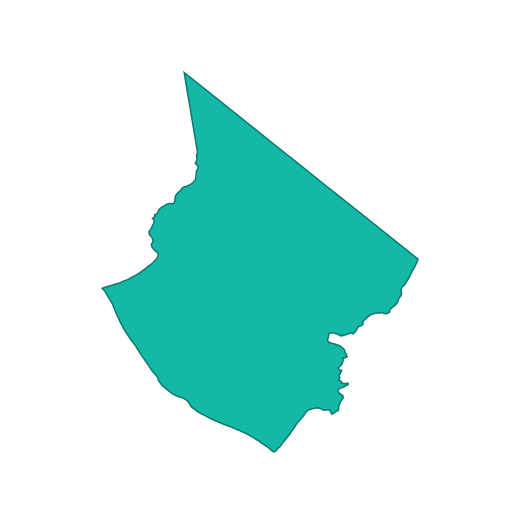 the district of Abaetetuba, Pará, Brazil, rotated 257°
{"feature_id": "56859067B37467363108415", "entity_name": "Abaetetuba", "entity_type": "district", "adm_level": 2, "iso_a3": "BRA", "parent_name": "Brazil", "parent_adm1": "Pará", "projection": "natural_earth1", "projection_center": [-48.934, -1.739], "detail": "fine", "context": "isolated", "style": "filled", "palette": "teal", "viewbox_px": 512, "rotation_deg": 257, "n_neighbors": 0, "source": "geoboundaries", "source_scale": "gbopen_adm2", "svg_char_len": 3356}
<svg xmlns="http://www.w3.org/2000/svg" viewBox="0 0 512 512"><g transform="rotate(257 256 256)"><path d="M450.9,227.3L429.5,225.9L424.4,225.7L369.8,222.3L367.9,220.9L366.2,220.3L364.2,220.6L361.9,219.3L359.8,217.6L357.6,219.2L355.1,219.8L353.1,217.8L351.1,216.6L349.2,216.2L345.9,215.0L343.7,213.8L341.2,210.2L340.2,207.1L339.6,204.7L339.4,200.8L338.5,198.8L336.6,197.0L335.7,194.9L334.2,192.6L332.6,191.0L330.7,190.2L328.5,189.6L326.4,188.4L325.7,186.4L326.5,184.1L326.7,181.9L326.2,179.7L325.3,177.6L324.9,175.4L323.7,172.9L321.6,170.8L319.3,168.8L319.0,166.5L317.2,166.2L315.7,163.5L313.8,164.9L311.2,164.0L309.0,162.0L306.8,160.5L305.0,158.8L303.6,157.0L300.2,157.2L298.5,158.3L296.7,158.9L294.6,159.2L292.8,158.7L291.1,156.6L287.7,156.7L285.0,158.3L283.1,159.2L281.1,161.2L278.2,160.6L276.1,158.9L274.5,157.0L271.2,151.3L269.9,147.9L268.3,144.8L267.5,142.9L265.1,137.1L264.3,134.6L263.0,129.1L262.0,126.5L261.5,122.7L261.0,119.4L260.3,117.1L260.3,113.8L260.1,110.8L259.8,108.1L259.8,105.8L259.6,103.4L259.1,98.8L256.4,100.5L253.6,101.5L250.6,102.3L245.2,104.2L240.9,105.5L238.5,105.7L235.4,106.3L232.4,106.7L229.3,107.4L223.4,108.6L220.8,109.0L219.0,109.8L215.8,110.4L206.3,113.8L200.9,115.9L197.9,117.5L195.6,118.4L190.4,120.1L180.2,124.0L175.1,126.1L166.8,129.1L164.4,130.6L161.4,132.1L159.2,133.0L157.4,132.8L153.2,134.4L151.4,135.2L149.8,136.2L141.2,142.9L137.1,147.7L136.0,149.4L135.0,151.4L133.7,153.2L132.2,154.9L129.9,156.8L126.7,158.1L124.0,158.8L122.1,160.2L117.2,164.4L114.1,167.7L112.8,169.5L110.2,172.4L107.8,175.3L105.8,177.7L99.6,186.2L95.3,192.7L93.9,194.6L92.4,197.0L90.9,198.8L89.5,200.9L88.0,202.7L86.8,204.5L85.4,206.1L83.9,208.1L80.5,211.5L78.8,213.5L77.3,214.7L75.6,216.7L73.4,218.6L70.4,221.3L66.8,224.7L65.1,225.9L63.2,227.2L61.1,229.1L61.6,231.5L63.8,234.5L65.1,236.8L66.6,238.6L68.0,239.9L70.6,243.6L73.4,247.0L75.2,249.3L76.8,250.8L79.9,254.5L83.3,257.8L89.2,265.7L90.6,267.5L92.7,269.5L94.3,272.5L94.3,275.0L94.5,277.5L94.4,280.3L93.6,283.3L92.4,285.0L90.9,286.6L90.2,288.5L90.2,290.6L89.1,293.3L86.9,293.8L84.9,294.3L85.5,296.7L86.6,299.3L86.9,301.4L88.6,302.2L90.9,302.9L92.7,303.8L94.8,305.4L98.1,309.0L100.4,309.2L104.0,306.1L106.0,305.4L107.8,306.4L108.2,309.1L108.7,312.4L109.6,314.5L109.7,316.7L111.4,317.0L111.6,313.9L112.6,311.2L115.2,310.5L116.5,308.6L118.5,310.3L120.9,310.0L123.0,312.0L125.2,313.7L126.4,311.6L128.5,310.8L129.8,313.5L131.7,315.8L134.5,317.4L137.2,317.8L136.7,319.9L137.1,322.0L140.0,322.0L141.9,321.0L144.4,321.2L146.2,320.3L148.5,318.5L150.3,316.6L152.4,313.1L153.7,310.6L155.1,308.2L157.5,306.5L160.3,308.0L162.0,308.8L164.0,309.5L164.3,312.1L163.5,314.2L162.0,317.1L160.6,318.9L159.0,320.8L158.9,323.4L159.1,326.0L159.8,331.2L158.2,333.2L160.4,336.5L162.5,338.3L164.1,340.0L164.5,343.1L165.6,345.0L168.0,345.3L169.3,347.3L171.5,351.2L173.1,355.1L173.4,358.9L173.1,361.9L172.6,364.1L172.6,366.4L171.0,367.9L170.5,370.7L171.1,373.2L173.4,374.3L175.1,376.9L176.4,379.8L177.9,382.1L179.6,384.0L181.9,385.1L185.0,388.5L186.8,389.5L188.9,389.3L190.8,390.1L192.9,391.2L194.0,393.6L195.8,395.7L201.0,400.8L202.9,402.2L204.4,403.5L206.6,405.1L207.9,406.6L210.2,408.6L214.2,411.7L216.5,413.2L269.1,371.5L292.4,353.0L312.7,336.7L325.8,326.5L340.3,315.0L362.6,297.2L384.2,280.2L399.0,268.5L405.8,263.1L421.7,250.5L433.9,240.8L450.9,227.3Z" fill="#14b8a6" stroke="#0f766e" stroke-width="1.5"/></g></svg>